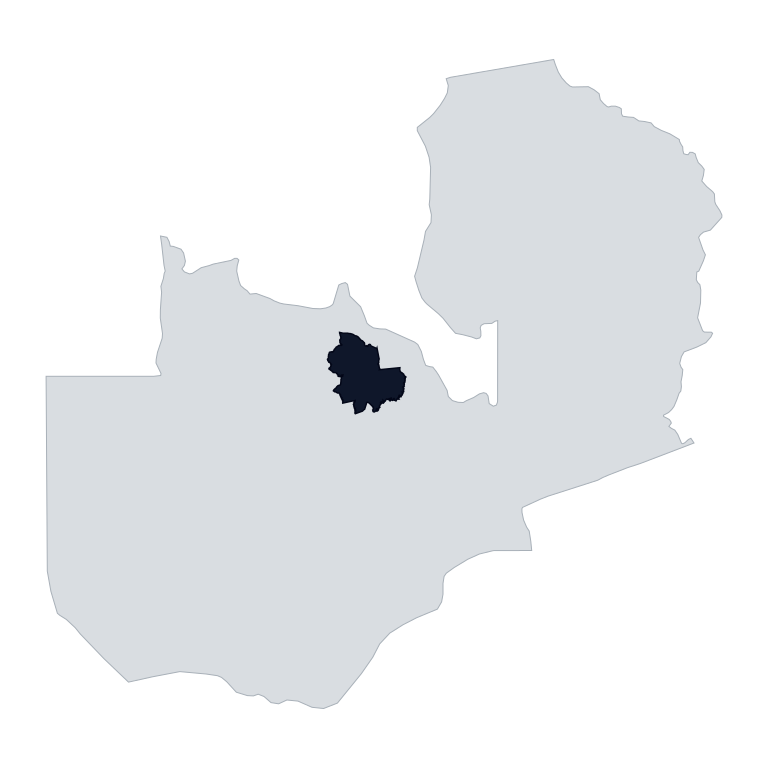 Lufwanyama, Copperbelt, Zambia shown in context
{"feature_id": "96606910B27641216908272", "entity_name": "Lufwanyama", "entity_type": "district", "adm_level": 2, "iso_a3": "ZMB", "parent_name": "Zambia", "parent_adm1": "Copperbelt", "projection": "robinson", "projection_center": [27.285, -12.951], "detail": "fine", "context": "in_parent", "style": "filled", "palette": "ink", "viewbox_px": 768, "rotation_deg": 0, "n_neighbors": 0, "source": "geoboundaries", "source_scale": "gbopen_adm2", "svg_char_len": 9494}
<svg xmlns="http://www.w3.org/2000/svg" viewBox="0 0 768 768"><path d="M531.7,550.5L493.4,550.6L479.4,554.0L467.9,559.2L454.2,567.5L446.3,573.2L444.1,576.4L443.0,583.4L443.0,594.2L441.6,601.9L437.4,609.1L416.7,617.7L403.1,624.7L389.8,633.1L379.7,643.9L372.8,657.2L361.4,673.6L337.4,703.1L323.6,708.5L312.0,707.3L298.0,701.1L286.9,700.0L278.6,703.8L271.0,702.6L264.0,696.5L258.2,694.2L253.4,695.9L247.4,695.6L236.3,692.2L226.7,681.7L221.5,677.4L217.5,675.7L206.1,674.0L179.8,671.6L152.5,676.8L128.5,682.1L104.0,658.7L80.3,634.0L75.2,627.7L66.3,619.4L59.9,615.4L57.4,613.3L50.9,591.3L47.3,571.1L46.1,376.3L153.8,376.3L160.7,375.5L161.0,373.4L156.0,363.0L156.2,359.3L157.5,352.3L162.2,338.2L162.5,333.5L160.3,318.1L160.4,309.5L161.6,292.2L160.9,286.3L163.4,278.5L164.2,273.4L165.2,271.1L164.0,265.2L161.7,244.6L160.5,236.0L166.9,237.3L169.1,241.5L170.3,246.1L173.3,246.4L181.0,249.2L183.6,253.0L185.4,261.2L184.4,265.5L181.9,268.9L184.4,271.9L189.5,273.9L192.5,273.3L201.2,267.7L209.1,265.6L213.2,264.1L231.0,260.4L234.6,258.4L237.1,258.4L238.8,260.0L237.2,265.9L236.7,271.1L238.9,280.9L240.6,285.5L244.3,288.8L247.0,290.6L250.0,294.1L256.2,293.5L269.9,298.5L274.0,300.8L279.8,303.1L283.8,304.0L297.9,305.7L312.8,308.5L320.5,308.8L325.9,308.0L329.8,306.6L332.1,305.0L333.2,303.7L338.8,285.0L341.6,283.6L345.3,282.6L347.5,284.3L349.9,296.1L360.6,306.7L364.3,315.6L367.0,323.2L369.3,325.3L373.4,327.9L379.9,328.9L385.7,329.1L414.6,342.1L417.8,344.5L421.3,351.4L423.4,359.3L425.7,365.4L429.5,366.6L432.8,367.1L436.1,371.3L438.6,375.1L447.1,390.4L448.3,396.5L452.4,400.6L458.1,402.3L463.3,402.5L466.3,400.7L473.7,397.5L479.4,393.9L483.6,392.7L486.1,393.4L488.0,395.9L489.2,403.6L493.3,406.2L496.4,405.1L497.5,402.1L497.6,400.6L497.7,320.6L495.1,321.2L491.8,323.4L484.1,323.7L481.1,325.4L480.2,327.9L480.8,331.3L480.9,335.8L479.8,337.9L476.4,338.8L471.6,337.0L462.8,334.7L455.5,333.3L450.2,327.3L443.1,318.3L438.4,313.7L427.2,304.3L425.3,302.4L421.9,298.0L418.9,290.5L416.1,281.8L414.6,276.3L417.4,267.8L424.0,240.0L425.5,231.4L431.0,222.6L431.4,214.8L429.2,204.7L429.8,199.1L430.6,167.4L429.1,157.3L425.4,146.2L417.3,130.7L417.3,127.4L429.8,117.4L433.6,113.6L440.1,105.4L444.5,98.5L447.3,92.9L448.3,85.6L446.2,78.7L450.5,77.3L553.7,59.5L555.2,64.2L558.3,72.1L561.8,77.9L566.3,83.0L570.0,86.1L572.5,87.0L588.4,86.7L594.1,89.8L599.1,93.7L600.3,99.8L603.6,103.6L607.1,106.6L608.6,107.0L611.2,106.2L615.5,106.2L619.4,107.5L621.3,108.8L621.5,113.9L622.7,116.2L628.1,117.0L633.5,117.4L638.8,120.9L644.5,121.5L651.1,122.9L654.2,126.6L661.3,130.4L669.8,133.8L679.3,139.5L679.5,141.2L681.1,144.5L682.7,146.9L682.9,150.4L683.7,153.7L686.1,154.5L688.1,154.7L689.9,152.3L692.5,152.4L695.2,153.9L696.2,157.6L698.3,162.7L701.8,166.1L704.2,169.4L703.4,175.5L701.8,181.0L706.6,186.5L712.7,191.7L714.4,194.0L714.8,201.7L715.7,204.3L719.9,210.7L721.9,215.0L721.8,217.4L710.4,230.1L703.5,232.1L700.4,234.7L698.6,237.4L703.0,250.0L705.4,254.8L703.4,260.8L698.8,271.1L696.8,272.0L696.3,279.7L697.7,282.5L699.9,284.7L700.8,290.0L700.5,303.0L697.6,317.8L702.6,330.7L704.4,332.1L711.4,332.2L712.6,333.3L710.9,336.9L705.9,342.6L697.0,347.0L684.1,351.9L681.4,356.6L679.7,363.4L681.1,367.3L682.8,369.6L682.2,375.6L681.0,381.8L681.4,386.7L680.8,391.1L679.1,393.2L676.8,399.8L674.0,406.4L671.8,409.4L668.6,412.5L663.5,415.2L663.6,416.5L669.3,419.5L670.8,421.6L671.3,423.1L668.9,426.4L671.5,428.4L674.8,430.1L677.8,434.5L681.3,442.8L681.9,443.6L682.9,443.7L684.8,442.8L688.4,439.5L690.9,438.3L694.0,443.0L640.3,463.5L627.7,467.6L608.9,474.9L602.8,477.5L597.8,480.2L547.9,496.2L540.1,499.3L522.5,507.4L521.9,508.8L522.0,512.5L523.6,520.1L526.6,527.1L529.2,531.1L530.8,541.4L531.7,550.5Z" fill="#d9dde1" stroke="#a8b0b8" stroke-width="1"/><path d="M355.2,335.8L352.8,334.3L350.4,333.6L348.8,333.5L347.7,333.2L343.0,333.2L339.6,332.4L339.7,333.6L340.3,334.9L340.2,335.5L340.7,336.3L340.7,337.1L341.0,337.7L340.7,338.8L340.0,339.6L339.8,340.2L340.0,342.0L339.9,342.2L340.3,343.2L341.2,344.0L341.6,344.9L341.8,345.0L341.3,345.4L340.4,345.1L340.3,345.3L340.0,345.2L339.4,345.5L339.0,345.6L338.6,345.5L338.3,345.9L337.1,346.6L336.9,346.9L336.2,347.1L335.9,347.8L335.3,348.3L335.2,348.6L334.3,349.4L333.5,351.5L333.1,351.7L332.8,351.6L332.4,352.1L331.8,351.8L331.2,351.9L330.8,352.0L330.5,352.0L329.8,352.3L329.5,352.3L329.2,353.1L329.2,353.5L328.9,354.0L328.9,354.4L328.7,354.5L328.5,354.9L328.6,355.3L328.4,356.3L328.5,356.4L328.4,357.0L328.5,357.3L328.5,357.8L328.1,358.5L327.5,359.2L327.5,359.5L327.8,359.7L327.8,360.5L328.6,361.6L328.8,362.2L329.0,362.3L329.5,362.2L329.8,362.4L329.8,362.6L330.3,362.9L330.3,363.2L330.7,363.6L330.7,363.8L330.9,363.8L331.4,364.6L331.0,364.9L331.2,365.4L330.8,365.9L330.7,366.2L330.8,366.3L330.7,366.4L330.7,366.7L330.5,366.9L330.5,367.0L330.2,367.4L330.0,367.7L329.7,367.8L329.8,368.0L329.6,368.0L329.3,368.5L329.0,368.5L328.9,368.9L332.4,371.5L332.5,371.8L332.9,372.0L333.2,372.5L336.0,372.7L336.6,373.4L337.2,373.5L337.5,373.9L337.5,374.3L337.4,374.6L338.5,375.0L338.3,375.2L338.1,375.7L338.2,375.8L338.2,376.3L339.1,376.5L339.2,376.4L339.4,376.5L339.8,376.5L340.0,376.3L340.3,376.4L340.7,376.1L341.4,375.0L342.9,374.8L342.7,376.2L341.8,376.6L341.2,377.5L341.4,378.4L340.9,379.9L341.1,380.9L341.0,381.0L340.7,383.7L340.4,384.8L340.1,385.1L338.7,385.4L337.8,385.8L336.6,387.0L336.1,388.0L335.4,388.4L333.9,389.8L333.4,390.8L334.7,391.8L335.4,391.7L337.5,393.0L337.9,392.9L339.1,393.1L339.5,393.9L339.8,394.0L340.0,394.4L340.0,394.2L340.3,394.4L340.2,394.6L340.4,394.6L340.5,394.9L340.4,395.0L340.2,395.3L340.4,395.7L340.4,396.0L340.6,396.2L340.9,397.0L341.0,396.9L341.1,397.2L341.1,397.3L341.6,397.6L341.4,397.7L341.5,397.9L341.4,398.0L341.6,398.2L341.6,398.4L341.6,398.7L341.8,398.8L341.9,399.2L342.2,399.3L342.1,399.5L342.4,399.8L342.3,400.0L342.4,400.3L342.8,400.3L342.7,400.5L342.8,401.0L343.0,401.1L342.9,401.3L343.0,401.6L342.7,402.0L343.0,402.4L343.0,402.8L342.8,402.9L342.8,403.1L352.8,400.9L353.4,401.0L355.2,400.4L355.2,400.9L354.9,401.3L355.0,401.3L355.0,401.7L354.6,402.3L354.2,402.5L354.4,402.6L354.3,403.0L354.2,403.2L354.0,403.6L353.9,403.7L353.8,403.9L353.6,403.9L353.4,404.3L353.5,404.6L353.8,404.8L353.8,405.2L353.8,405.7L353.9,406.2L354.2,406.3L354.0,406.8L354.2,407.1L354.4,407.6L354.3,407.8L354.6,408.1L354.6,408.4L354.8,408.4L354.6,408.6L354.8,408.9L355.0,409.0L354.9,409.4L355.2,409.6L355.1,410.0L355.4,409.8L355.5,410.1L355.8,410.2L355.8,411.0L355.5,411.7L355.5,411.9L355.4,412.1L355.4,411.9L355.1,412.1L355.2,412.4L355.3,412.4L355.1,412.8L355.3,412.9L355.1,413.0L355.4,413.3L355.2,413.6L355.3,413.7L362.5,411.1L363.7,409.8L364.6,409.3L366.7,402.7L367.0,402.3L367.8,402.3L369.0,402.9L371.2,405.0L371.6,405.6L371.9,405.6L372.6,406.3L372.6,406.6L373.0,406.8L373.1,407.0L373.3,407.2L373.2,407.5L373.3,407.5L373.5,408.2L373.3,409.4L372.7,410.0L372.9,410.4L373.0,411.4L373.4,411.8L374.6,411.9L375.4,411.1L376.4,411.0L377.0,411.2L377.4,410.7L377.5,409.9L377.1,409.5L376.4,409.7L376.2,409.3L376.4,408.8L377.0,408.5L377.3,408.6L378.3,409.0L378.5,409.4L378.7,408.6L379.1,408.0L379.1,407.5L379.3,407.4L379.7,407.4L379.9,407.2L379.5,406.6L379.5,405.7L380.3,404.9L380.4,404.2L381.1,403.9L381.5,403.5L381.6,403.0L381.5,402.5L381.3,402.3L381.0,402.3L380.6,402.8L380.5,402.5L380.7,402.1L381.2,401.7L381.7,401.8L381.9,402.0L382.0,402.6L382.4,403.0L383.3,403.1L383.6,402.1L383.0,401.3L383.0,400.2L383.7,400.9L384.0,401.1L384.5,400.9L384.6,401.3L384.7,401.1L385.1,401.1L385.1,400.6L385.6,400.5L385.7,400.1L386.4,399.1L386.8,398.9L387.5,399.4L388.2,399.3L388.4,399.2L388.6,398.8L389.2,398.5L389.6,398.6L389.9,399.0L389.0,399.8L389.5,400.5L390.0,400.4L389.9,400.8L390.2,400.9L390.5,400.6L390.2,400.2L390.3,400.1L390.6,400.1L390.7,398.2L390.9,398.1L391.2,398.3L391.4,398.2L391.5,398.7L392.2,400.3L392.6,400.4L393.7,399.0L393.8,398.8L393.7,398.6L394.0,398.4L394.2,398.5L394.3,398.7L394.1,400.2L395.0,400.4L395.4,400.7L396.0,400.9L396.3,400.3L396.4,399.5L396.8,399.5L397.0,399.0L397.4,399.0L398.3,399.2L398.7,398.8L399.0,398.9L398.8,398.4L398.0,397.9L398.2,397.6L398.7,397.7L399.2,397.5L399.8,396.8L399.7,396.4L398.7,396.3L398.7,396.0L398.9,395.5L399.2,395.2L399.6,395.4L399.8,395.4L400.2,396.5L400.9,396.8L401.0,396.8L401.3,395.9L402.2,394.9L402.2,393.9L402.7,393.8L402.9,393.5L402.7,393.0L402.7,392.6L402.3,392.2L403.2,392.2L403.7,391.7L403.6,390.8L403.4,390.7L403.3,390.3L403.7,389.3L403.3,389.0L403.5,388.7L403.8,388.6L403.7,388.4L403.4,388.4L403.6,388.3L403.6,388.1L403.2,387.8L402.8,387.2L403.3,387.1L404.0,386.6L403.6,386.3L404.2,385.3L404.3,384.4L403.7,383.7L404.3,383.3L404.3,383.1L403.8,382.7L404.0,382.5L404.4,382.6L404.9,382.1L404.9,381.5L404.6,381.0L404.7,380.7L404.8,380.6L404.9,381.0L405.0,381.1L405.1,380.7L405.0,380.4L405.1,379.9L404.9,379.6L405.1,379.1L404.8,378.8L405.2,378.6L405.1,378.0L404.9,377.8L405.2,377.5L405.6,377.4L405.9,377.0L405.5,376.5L405.1,376.5L404.7,376.3L403.9,375.0L403.8,374.6L403.7,374.6L403.5,374.0L402.9,373.8L402.8,373.5L402.4,373.1L402.2,373.1L402.1,372.9L400.8,372.1L400.2,371.5L399.7,369.5L399.9,367.7L379.5,369.7L379.9,369.0L379.3,367.9L378.8,364.9L378.3,364.8L378.0,364.4L378.0,364.1L377.9,363.9L378.4,363.6L378.5,362.9L378.8,362.3L378.6,361.2L378.7,360.4L379.0,359.8L379.1,358.5L378.8,357.5L377.0,348.1L376.9,348.4L376.5,348.4L371.1,346.0L370.3,344.6L369.8,344.4L369.2,344.4L368.3,345.1L368.0,345.6L367.9,346.0L367.7,346.4L367.2,346.3L366.7,345.7L365.9,346.2L365.6,346.1L364.6,345.2L364.6,344.5L364.5,343.1L364.3,342.7L363.7,342.2L362.5,340.9L361.0,340.2L358.2,337.0L356.6,336.0L355.2,335.8Z" fill="#0f172a" stroke="#020617" stroke-width="1.5"/></svg>